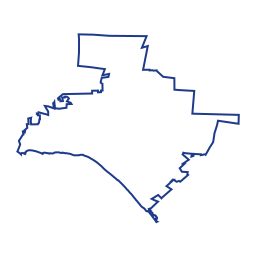 the district of Champotón, Campeche, Mexico, rotated 269°
{"feature_id": "50627088B90852523965903", "entity_name": "Champotón", "entity_type": "district", "adm_level": 2, "iso_a3": "MEX", "parent_name": "Mexico", "parent_adm1": "Campeche", "projection": "equal_earth", "projection_center": [-90.832, 19.131], "detail": "fine", "context": "isolated", "style": "outline", "palette": "blue", "viewbox_px": 256, "rotation_deg": 269, "n_neighbors": 0, "source": "geoboundaries", "source_scale": "gbopen_adm2", "svg_char_len": 5098}
<svg xmlns="http://www.w3.org/2000/svg" viewBox="0 0 256 256"><g transform="rotate(269 128 128)"><path d="M82.9,186.9L83.3,181.1L86.9,179.0L90.8,183.4L90.7,181.1L91.1,181.9L95.2,188.2L100.6,182.2L101.0,182.5L102.3,182.9L102.1,183.6L101.8,185.1L101.1,191.5L98.3,190.9L98.8,192.5L99.1,193.0L101.0,193.3L100.8,194.9L100.7,196.2L100.5,199.5L100.4,200.4L100.4,200.5L100.2,200.5L99.6,200.4L99.9,202.1L100.3,204.1L100.3,204.6L99.9,205.1L100.3,205.3L101.8,206.3L103.7,207.4L107.0,209.3L111.8,212.5L112.4,212.9L121.3,214.4L129.3,217.1L133.7,218.1L130.3,238.6L139.2,239.0L141.2,192.6L163.9,194.9L165.0,180.3L165.5,175.1L173.0,175.2L177.0,175.2L178.6,164.0L184.7,157.6L185.1,157.6L184.9,154.3L185.3,153.6L185.2,150.6L185.9,150.6L185.9,144.1L209.6,149.2L208.0,143.3L219.5,148.2L220.5,110.9L221.9,95.1L222.5,80.3L217.4,80.6L214.9,80.5L207.9,80.4L204.0,80.3L191.0,79.1L189.8,89.3L189.2,93.7L188.1,100.4L187.3,105.9L181.2,103.4L182.4,110.0L179.4,109.3L178.6,102.6L174.5,101.5L173.8,101.5L172.7,103.2L165.9,103.2L165.9,101.6L164.3,101.6L164.2,98.6L165.9,98.6L165.9,92.8L163.1,92.7L163.1,90.0L163.0,63.5L158.9,58.5L157.5,59.0L158.1,60.4L156.3,60.9L155.9,60.9L156.1,63.4L159.6,62.7L159.6,65.2L160.4,65.2L160.4,67.1L159.7,68.4L158.6,69.4L155.7,67.4L154.4,70.8L154.3,71.0L154.0,71.3L153.0,71.9L152.9,67.1L149.3,66.8L148.4,58.8L148.9,57.6L148.6,55.4L150.9,55.2L155.3,54.8L154.6,54.4L154.1,53.6L151.0,54.0L149.8,54.1L149.0,54.1L151.0,48.7L151.5,45.3L148.7,46.8L146.9,47.9L146.0,48.4L144.2,48.5L142.4,48.4L143.1,46.6L144.0,43.2L145.3,38.8L143.9,38.4L144.1,37.1L143.7,37.1L143.7,38.0L142.3,38.0L142.2,40.1L138.3,40.1L138.3,39.6L134.8,39.1L134.4,38.8L134.2,38.6L134.0,38.4L134.0,38.2L133.3,37.9L133.3,33.8L133.3,31.2L136.7,30.9L139.5,31.2L139.9,31.3L139.3,28.8L139.2,28.4L133.6,28.7L133.6,26.9L129.9,27.3L126.9,23.7L126.5,25.0L125.2,24.6L125.9,22.9L123.3,23.3L123.1,22.7L117.0,18.7L115.1,19.3L114.4,19.6L114.1,19.8L113.7,19.9L112.1,19.4L108.0,17.7L106.4,17.0L106.0,17.6L105.6,18.2L105.3,18.5L104.8,19.1L104.4,19.6L104.4,20.2L104.3,20.4L103.7,20.4L103.6,20.5L103.8,20.5L104.1,20.5L104.3,20.5L104.5,20.6L104.7,20.9L104.7,21.2L104.8,21.7L104.8,22.5L104.5,23.8L104.1,23.8L103.9,24.3L104.0,24.3L104.3,23.9L104.4,24.4L104.4,24.8L104.9,24.8L104.9,25.0L105.1,25.0L105.1,24.9L105.4,25.0L105.5,25.1L105.8,25.3L105.9,25.5L106.1,25.5L106.3,25.7L106.9,26.7L107.3,27.7L107.4,28.4L107.5,29.4L107.4,30.5L107.2,31.9L106.7,34.2L106.2,36.0L105.1,38.9L104.3,40.9L104.2,41.0L104.1,41.3L103.9,41.7L103.6,42.1L103.8,42.3L103.9,42.5L104.4,42.4L104.5,42.7L104.6,42.9L104.7,43.5L104.8,44.1L104.7,44.9L104.6,45.4L104.3,46.4L104.2,46.7L104.3,47.1L104.3,47.4L104.1,48.1L103.9,48.4L103.7,49.0L103.9,49.4L103.9,49.7L103.9,49.9L103.9,49.5L104.1,49.6L104.1,49.9L104.0,50.5L103.8,51.6L103.8,51.9L103.9,52.1L104.0,52.8L104.1,53.1L104.2,53.4L104.5,53.7L104.8,54.4L104.9,56.4L104.9,57.4L104.8,58.4L104.6,59.3L104.3,60.2L104.3,60.5L104.2,60.9L104.3,61.1L104.3,61.8L104.5,62.2L104.4,62.4L104.4,62.7L104.1,63.5L104.1,64.1L103.8,65.1L103.9,65.4L103.9,65.5L103.9,65.9L103.8,66.5L103.6,67.2L103.4,68.6L103.1,69.9L101.9,72.8L101.7,73.6L101.6,74.1L101.6,77.4L101.6,78.4L101.7,78.9L101.8,79.0L102.0,80.3L102.0,81.2L102.0,82.5L101.8,82.7L101.7,82.7L101.5,83.0L101.2,83.9L100.7,85.0L100.6,85.5L100.0,87.0L99.4,88.4L98.9,89.0L96.7,92.7L95.6,94.3L95.3,94.7L95.3,94.8L94.0,96.5L91.9,98.9L90.5,100.5L89.7,101.3L86.9,104.0L85.5,105.6L84.9,106.3L84.2,107.1L83.5,108.1L82.6,109.1L82.4,109.4L81.3,110.7L78.3,114.1L78.2,114.3L77.9,114.6L77.3,115.3L76.5,116.1L76.0,116.7L76.1,116.9L76.0,117.2L75.8,117.4L74.3,118.9L73.6,119.5L73.0,120.2L70.2,122.8L68.1,124.7L66.5,125.9L66.3,126.1L66.2,126.3L65.8,126.8L64.0,128.2L62.8,129.2L62.5,129.6L61.6,130.4L59.8,131.8L59.2,132.2L57.8,133.3L57.5,133.5L57.2,133.9L56.5,134.3L56.3,134.4L55.9,134.7L55.3,135.3L54.0,136.4L53.1,137.0L52.7,137.3L51.7,138.2L50.8,138.8L48.9,140.5L48.7,140.8L48.1,141.6L47.8,142.2L47.4,142.6L46.4,143.6L45.0,144.5L44.7,144.9L44.5,145.1L44.5,145.5L44.5,146.0L44.6,146.3L44.4,146.6L44.2,146.9L43.4,147.6L42.2,148.5L41.6,149.0L38.2,151.5L37.7,151.8L37.5,152.0L37.0,152.3L36.3,152.9L35.4,153.5L33.5,154.7L33.6,154.9L33.6,155.0L33.8,155.5L34.0,155.1L34.5,154.8L34.8,154.6L35.0,154.5L35.4,154.6L35.7,154.6L35.8,154.7L36.5,154.4L36.7,154.1L36.8,154.2L36.8,154.8L36.7,155.0L36.8,155.1L36.9,155.3L37.0,155.3L37.4,155.5L37.7,155.5L38.1,155.4L38.2,155.2L38.4,155.0L38.7,154.7L38.9,154.4L39.2,154.2L39.6,154.3L39.8,154.2L40.3,153.5L40.4,153.1L40.4,152.8L40.3,152.2L40.1,152.1L40.1,151.9L40.2,151.7L40.5,151.7L40.9,151.6L41.0,151.5L41.2,151.4L41.3,151.4L41.5,151.3L42.0,151.1L42.3,151.1L42.6,151.0L43.0,150.7L43.3,150.0L43.4,149.9L43.5,149.7L43.6,149.2L43.9,148.5L43.9,148.4L44.0,148.5L44.0,148.4L44.2,148.2L44.4,148.0L44.7,147.9L44.8,148.0L45.0,147.8L45.3,147.8L45.5,147.7L45.8,147.6L46.2,147.5L46.3,147.8L46.2,148.2L46.8,147.7L47.3,149.3L47.7,150.0L53.9,156.7L55.0,153.9L56.7,150.5L60.5,157.0L57.1,160.3L57.9,160.9L65.9,170.4L69.2,165.5L73.9,170.9L74.0,170.3L75.6,171.8L75.5,172.8L75.4,172.7L75.3,172.9L73.4,175.7L74.2,178.1L73.4,179.3L80.0,187.2L80.5,186.5L82.9,186.9Z" fill="none" stroke="#1e3a8a" stroke-width="2"/></g></svg>